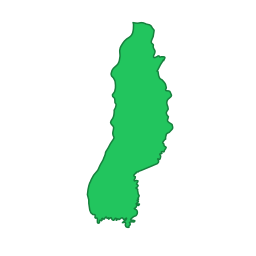 Luabo, Zambezia, Mozambique, rotated 45°
{"feature_id": "85939544B83504353793512", "entity_name": "Luabo", "entity_type": "district", "adm_level": 2, "iso_a3": "MOZ", "parent_name": "Mozambique", "parent_adm1": "Zambezia", "projection": "equal_earth", "projection_center": [36.12, -18.323], "detail": "fine", "context": "isolated", "style": "filled", "palette": "green", "viewbox_px": 256, "rotation_deg": 45, "n_neighbors": 0, "source": "geoboundaries", "source_scale": "gbopen_adm2", "svg_char_len": 5892}
<svg xmlns="http://www.w3.org/2000/svg" viewBox="0 0 256 256"><g transform="rotate(45 128 128)"><path d="M159.0,95.8L157.1,94.6L156.6,94.4L155.4,94.6L153.3,95.1L151.6,95.2L151.2,95.1L150.8,94.9L150.1,94.2L149.5,92.9L149.3,92.8L149.2,92.5L148.6,91.5L146.6,91.3L145.9,91.1L144.9,90.6L144.1,89.9L143.5,88.1L143.2,86.5L142.9,86.1L141.3,84.9L140.3,84.4L139.2,83.9L138.2,83.3L137.4,82.6L136.9,81.8L136.7,81.7L136.3,80.8L136.0,79.7L136.0,78.6L136.2,76.1L136.1,75.0L135.6,74.1L135.2,73.9L132.5,72.8L131.6,72.6L130.6,73.0L128.9,74.4L128.1,74.7L127.7,74.5L127.3,74.1L127.0,73.1L126.6,72.4L123.6,70.6L121.6,70.1L118.9,69.9L117.9,69.9L116.3,70.4L115.2,70.4L114.1,69.9L113.5,69.8L112.9,69.4L112.5,69.2L109.5,67.0L108.7,66.9L108.3,67.1L107.5,64.4L107.1,63.2L106.2,60.4L105.3,56.2L104.9,55.1L105.0,54.4L105.3,54.5L104.8,53.0L104.4,52.2L104.0,52.0L103.6,52.0L102.8,52.5L101.2,54.0L100.8,54.8L100.5,55.2L100.1,55.3L99.3,55.1L98.5,55.5L98.2,56.1L98.2,56.6L97.8,57.8L97.2,59.2L96.8,59.6L96.5,59.8L95.8,59.7L95.0,58.8L94.7,58.2L94.2,56.7L93.6,55.6L92.8,54.6L91.8,54.1L90.8,53.9L89.2,53.3L88.3,52.7L87.6,51.8L87.1,51.3L86.6,51.2L84.9,51.3L84.2,51.1L83.6,50.7L83.0,49.9L82.9,49.6L82.7,49.4L81.1,45.5L77.6,40.7L77.2,40.4L76.7,40.3L74.6,40.1L72.3,39.5L70.8,39.7L70.0,40.0L67.1,41.8L66.5,41.9L64.4,42.9L62.8,44.2L60.7,47.1L58.4,49.0L57.7,49.4L57.2,49.9L58.9,51.1L61.7,54.1L62.5,55.1L63.9,57.2L64.6,59.0L64.9,60.3L64.9,61.9L64.7,63.2L64.1,66.0L64.0,69.0L64.4,71.8L65.2,75.1L65.8,76.7L67.2,78.9L68.2,79.9L70.7,82.0L71.7,83.0L74.1,86.3L74.9,87.8L75.6,89.9L75.7,92.2L75.6,92.8L75.5,96.1L75.8,97.8L76.2,99.0L77.4,101.1L77.8,101.7L78.3,102.1L79.6,102.8L82.3,102.9L84.9,103.7L86.1,104.3L88.9,106.6L90.9,108.7L92.7,111.5L93.0,112.5L93.4,115.2L93.6,115.6L94.5,116.3L94.9,116.5L97.2,116.5L97.8,116.7L99.6,118.1L100.2,118.7L100.6,119.1L101.3,119.4L102.6,119.6L103.3,120.1L104.8,122.6L105.6,125.2L106.9,126.4L107.6,127.3L108.2,128.0L108.4,128.3L108.8,128.8L109.7,130.3L110.4,132.1L110.9,134.6L111.4,135.7L111.8,136.4L113.1,137.0L114.6,137.2L115.8,137.2L116.8,137.5L117.5,137.8L117.9,138.2L118.4,139.0L118.6,139.1L118.7,139.4L118.9,139.6L120.2,141.6L121.0,142.5L121.5,143.0L121.9,143.2L122.8,143.8L124.0,144.2L124.6,144.5L125.2,145.1L125.6,146.3L126.6,151.3L128.2,156.5L128.2,156.8L128.5,157.8L128.8,159.3L129.3,161.0L130.6,162.8L130.8,163.4L131.3,164.3L132.1,166.4L132.8,167.8L133.3,169.4L133.8,171.3L134.0,172.1L134.6,174.1L136.4,178.9L136.6,180.2L136.9,183.8L137.1,185.7L138.5,190.5L139.3,192.3L139.8,193.9L140.3,194.9L141.2,196.6L143.2,199.7L146.4,203.8L151.0,206.5L153.7,209.1L158.9,213.0L161.7,214.2L164.4,214.0L165.7,212.8L166.2,212.8L166.9,213.3L167.9,214.6L168.1,214.7L168.9,214.6L169.4,213.9L169.6,213.7L169.9,213.7L170.4,213.8L171.2,214.4L171.3,214.6L171.9,215.2L172.1,215.4L172.9,216.2L173.4,216.5L173.8,216.5L174.2,216.4L174.6,215.9L174.7,215.4L174.3,214.5L173.7,214.0L173.4,213.5L173.4,212.9L173.8,212.7L174.7,212.4L174.8,212.1L174.8,211.6L174.5,211.1L173.6,210.6L173.6,210.4L173.7,210.1L174.1,209.8L175.4,209.6L175.6,209.2L175.3,207.6L175.4,206.8L175.5,206.9L176.9,206.6L177.2,206.5L177.8,205.3L178.0,205.3L178.2,205.5L178.3,206.0L178.7,206.1L178.8,205.9L179.0,205.3L179.1,203.8L179.4,203.4L179.9,203.4L181.4,204.0L182.1,203.9L182.9,203.6L183.1,203.4L183.2,202.6L182.9,201.8L182.8,201.0L183.1,200.5L183.2,200.4L183.7,200.3L184.0,200.5L184.3,201.0L184.9,201.5L185.1,201.3L185.2,200.9L184.9,199.6L185.0,199.4L186.0,199.0L186.3,199.1L186.6,198.6L186.8,196.8L187.0,196.1L187.5,195.6L188.2,195.5L188.6,195.5L189.5,195.8L189.8,195.8L190.1,195.5L190.2,195.0L190.4,193.5L190.6,192.9L190.8,192.9L191.0,193.1L191.4,194.2L191.4,195.6L191.0,198.3L191.1,198.7L191.3,198.6L191.9,197.6L192.7,196.8L192.9,196.8L193.7,197.0L194.6,198.4L195.0,198.7L196.0,199.1L196.5,199.2L197.6,198.8L198.4,198.2L198.8,197.6L198.5,197.4L198.2,196.9L198.1,196.6L198.0,195.3L197.6,194.4L197.2,194.2L196.1,193.9L195.9,193.7L196.2,192.7L196.6,192.3L197.0,191.5L198.0,190.9L198.4,190.5L198.7,190.0L198.8,189.6L198.6,189.1L198.3,188.8L197.0,189.5L195.5,190.8L195.4,191.0L195.0,191.1L194.6,190.9L194.4,190.2L194.5,187.8L194.8,186.3L195.6,184.4L195.5,183.3L195.1,182.0L194.8,181.8L194.6,181.4L194.2,181.0L194.1,180.8L192.8,180.1L192.4,180.0L191.8,180.0L189.8,180.6L189.4,180.4L189.7,179.2L189.7,178.4L189.6,177.9L189.1,177.1L189.1,176.8L189.3,176.1L189.7,175.7L190.2,175.3L190.2,175.1L190.2,174.4L189.9,173.8L189.7,173.8L189.0,174.4L188.8,174.9L188.6,175.1L188.4,175.5L188.1,176.0L187.7,176.0L187.5,175.9L187.3,175.7L187.5,173.6L187.4,173.1L187.2,172.6L187.0,172.4L186.8,172.4L186.0,172.9L185.6,172.6L185.6,172.4L185.9,171.3L185.8,171.0L185.6,170.8L185.0,171.0L184.7,170.8L184.6,170.5L184.5,169.8L184.3,169.0L183.8,168.0L181.6,167.3L180.4,166.3L179.3,165.7L178.3,164.6L177.9,164.5L176.5,164.9L176.1,164.7L176.3,163.4L176.2,162.6L175.9,161.6L175.5,161.4L173.7,161.6L173.4,161.1L173.1,159.6L172.9,159.0L172.5,158.4L172.1,158.5L170.9,159.3L170.0,160.8L169.8,160.8L169.4,160.7L169.0,160.3L168.4,158.2L168.2,158.1L167.8,157.4L167.5,157.3L166.8,157.7L166.5,157.7L166.1,157.6L165.6,157.4L165.5,157.2L165.4,156.7L165.4,155.7L165.3,154.4L165.3,153.9L165.6,153.8L165.6,153.6L165.4,153.1L165.4,152.9L165.5,152.6L166.2,151.9L166.3,151.3L166.3,150.7L167.3,148.7L173.9,132.5L173.8,130.9L173.5,130.2L172.0,129.2L171.0,129.0L170.9,128.7L171.0,128.5L172.2,128.3L172.6,127.9L172.5,127.2L172.0,126.2L171.0,124.8L170.6,124.6L169.1,124.2L168.9,123.9L169.1,123.2L169.8,122.5L169.8,121.9L169.0,121.7L168.6,121.3L168.6,120.9L169.3,120.1L170.1,119.7L170.2,119.4L170.0,118.7L169.6,118.0L169.3,117.2L169.3,116.2L168.8,114.9L168.6,114.7L168.2,114.7L166.6,115.0L165.9,114.9L165.7,114.8L164.7,114.0L164.1,113.9L163.3,114.0L162.9,113.8L162.6,113.4L162.2,110.5L162.4,109.2L161.5,108.4L160.7,107.3L160.4,106.7L160.2,106.5L160.0,106.0L159.6,105.6L159.5,105.1L159.5,103.9L160.2,102.0L160.1,98.2L160.0,97.2L159.6,96.4L159.0,95.8Z" fill="#22c55e" stroke="#15803d" stroke-width="1.5"/></g></svg>